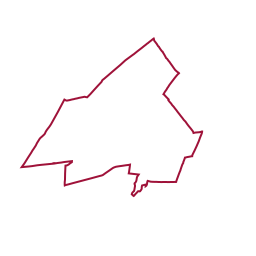 the district of Carcea, Dolj, Romania, rotated 302°
{"feature_id": "2599482B95578562182994", "entity_name": "Carcea", "entity_type": "district", "adm_level": 2, "iso_a3": "ROU", "parent_name": "Romania", "parent_adm1": "Dolj", "projection": "equal_earth", "projection_center": [23.897, 44.282], "detail": "fine", "context": "isolated", "style": "outline", "palette": "rose", "viewbox_px": 256, "rotation_deg": 302, "n_neighbors": 0, "source": "geoboundaries", "source_scale": "gbopen_adm2", "svg_char_len": 4308}
<svg xmlns="http://www.w3.org/2000/svg" viewBox="0 0 256 256"><g transform="rotate(302 128 128)"><path d="M217.5,102.4L217.3,102.3L216.4,102.0L216.3,101.9L214.8,101.4L211.2,100.1L210.8,100.0L210.3,99.8L209.9,99.6L209.1,99.3L208.8,99.2L208.4,99.1L208.1,99.0L206.0,98.2L205.9,98.2L205.5,98.0L205.0,97.9L204.6,97.7L204.3,97.6L203.9,97.5L198.0,95.3L193.4,93.7L192.8,93.4L184.0,89.9L177.2,88.0L168.1,85.1L166.8,84.7L161.6,83.1L160.7,82.8L156.9,81.6L155.9,81.2L154.8,80.9L153.1,81.1L147.5,80.0L146.4,79.8L142.0,79.0L136.8,78.1L132.4,77.1L132.1,76.4L131.8,75.6L131.6,74.9L131.4,74.5L130.3,73.4L129.2,72.2L127.5,70.4L126.4,69.4L124.7,67.6L123.6,66.6L123.2,66.1L121.6,64.5L121.0,64.0L119.9,62.8L119.3,62.2L118.9,61.7L118.7,61.4L118.6,61.1L118.5,60.8L118.5,60.4L118.4,59.0L114.1,59.3L104.4,60.0L90.7,60.7L89.2,60.7L87.1,60.6L85.4,60.4L84.3,60.3L83.0,60.2L82.5,60.2L82.1,60.2L81.3,60.2L80.6,60.3L79.8,60.4L79.1,60.5L78.2,60.4L77.4,60.2L75.9,59.8L74.5,59.4L73.7,59.1L72.7,58.9L71.9,58.8L69.5,58.8L67.0,58.8L64.2,59.1L59.7,59.0L58.5,58.9L55.6,59.0L50.4,58.9L43.1,58.9L38.5,58.6L40.1,60.7L42.6,64.0L44.9,66.9L48.3,70.8L50.9,74.1L56.6,81.5L58.2,83.6L58.6,83.4L59.4,84.5L59.2,84.8L61.0,86.8L63.5,89.9L64.8,91.3L65.8,92.5L70.2,98.0L69.3,98.5L68.0,97.9L67.1,97.5L66.0,97.2L65.0,96.7L63.9,96.0L63.0,94.9L58.7,97.3L56.2,98.7L50.7,102.0L48.6,103.0L46.3,104.4L45.8,104.8L46.4,105.2L48.8,107.5L52.6,111.0L59.3,117.3L65.9,123.5L72.4,129.5L73.4,130.5L74.1,131.1L74.8,131.6L78.0,132.9L82.1,134.7L85.9,136.3L86.8,136.8L87.2,137.1L88.5,138.1L89.1,138.7L91.0,140.9L92.4,142.6L95.4,146.1L96.2,147.1L97.1,148.2L97.8,148.9L98.0,149.1L96.6,149.8L91.7,152.0L89.9,152.7L94.2,161.7L93.7,161.7L91.7,161.6L91.2,161.7L90.9,161.7L88.3,162.8L87.4,163.1L87.1,163.1L85.9,163.2L85.6,163.2L85.3,163.1L85.0,163.0L84.8,162.9L84.4,163.0L84.1,163.1L83.8,163.4L83.5,163.9L82.8,164.5L82.1,164.9L81.5,165.1L79.1,166.1L78.1,166.4L77.6,166.5L77.3,166.3L76.5,166.2L75.8,166.0L75.1,166.0L74.5,166.1L73.8,166.3L73.4,168.3L73.6,168.4L73.5,168.9L73.9,169.0L74.5,169.1L75.1,169.2L75.8,169.3L76.1,169.3L76.8,169.5L78.2,169.8L79.6,170.0L79.8,170.2L80.0,170.5L80.2,170.9L80.3,171.2L80.4,171.4L80.5,171.6L80.9,171.8L81.5,171.8L82.1,171.9L82.6,171.9L83.3,171.9L83.9,171.7L85.3,170.9L86.4,170.5L86.7,170.4L88.3,171.9L89.4,173.0L88.0,173.8L88.5,174.0L89.0,174.1L89.7,174.0L90.3,173.9L91.2,173.5L92.3,173.0L93.0,172.8L93.4,172.7L93.6,172.7L94.2,174.7L94.5,175.7L95.1,176.8L96.0,178.4L97.0,180.0L98.4,182.5L99.4,184.2L100.2,185.5L101.1,186.8L102.4,188.9L103.1,190.2L103.6,191.0L104.4,192.2L106.8,195.9L107.4,196.9L107.8,197.4L108.3,197.2L110.9,196.6L112.9,196.2L116.2,195.5L117.8,195.2L119.8,194.9L120.7,194.6L122.8,194.1L124.6,193.7L125.9,193.4L127.5,193.4L128.3,193.0L131.0,192.5L133.1,192.0L133.6,192.6L134.7,193.6L135.4,194.4L136.4,195.5L137.3,196.4L137.8,197.0L138.1,197.4L139.2,196.9L141.2,196.7L144.2,196.4L149.1,195.8L154.4,195.0L158.0,194.2L162.1,193.5L163.2,193.2L163.9,192.9L164.3,192.7L164.2,192.5L163.9,192.3L163.1,191.6L162.1,190.6L161.6,189.9L160.7,188.7L159.9,187.6L159.0,186.7L158.5,186.2L158.8,185.9L159.0,185.6L159.1,185.4L159.4,185.1L159.5,184.9L159.6,184.7L159.9,183.9L160.7,181.8L161.8,178.5L162.5,176.6L163.9,173.3L164.4,171.1L165.3,168.9L165.6,168.0L166.1,166.6L166.5,165.5L167.0,164.2L168.0,161.4L168.7,159.7L169.0,158.8L169.1,158.6L169.3,157.9L170.1,155.9L170.2,155.6L170.6,154.2L170.9,153.1L171.2,152.5L171.4,152.1L171.7,151.3L172.2,149.5L172.9,147.6L173.1,147.3L173.3,147.3L173.8,147.3L174.2,145.6L174.6,143.9L175.1,142.1L175.4,141.0L175.4,140.8L175.4,140.5L175.4,140.4L175.4,140.2L178.6,140.1L179.4,140.2L181.1,140.3L182.8,140.2L183.8,140.3L186.6,140.3L190.9,140.7L195.2,141.1L197.7,141.4L199.0,141.6L200.1,141.8L200.9,142.1L201.5,142.2L201.6,141.9L201.8,139.4L202.0,138.4L202.2,137.3L202.5,136.5L202.8,135.8L203.4,134.3L203.9,133.2L204.4,132.0L205.3,129.8L206.1,128.0L206.3,127.3L206.5,126.6L206.9,125.7L207.3,124.8L207.4,124.2L207.5,123.7L207.6,123.0L208.0,122.5L209.5,119.8L210.7,117.4L211.0,117.1L211.1,116.8L211.0,116.4L211.3,115.5L212.0,113.7L212.7,112.2L212.9,111.7L213.2,111.3L213.3,111.1L213.3,110.7L213.3,110.4L213.4,110.1L213.6,109.7L213.8,109.3L214.2,108.5L214.4,108.0L214.6,107.8L214.7,107.5L215.0,106.6L215.4,105.6L215.8,104.4L216.0,103.9L216.4,103.5L217.2,102.8L217.5,102.4Z" fill="none" stroke="#9f1239" stroke-width="2"/></g></svg>